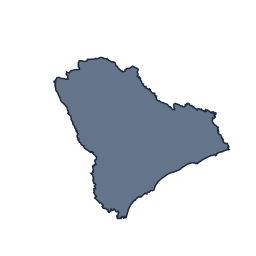 the district of Batang, Jawa Tengah, Indonesia, rotated 136°
{"feature_id": "22746128B4894534477686", "entity_name": "Batang", "entity_type": "district", "adm_level": 2, "iso_a3": "IDN", "parent_name": "Indonesia", "parent_adm1": "Jawa Tengah", "projection": "equal_earth", "projection_center": [109.867, -7.032], "detail": "fine", "context": "isolated", "style": "filled", "palette": "slate", "viewbox_px": 256, "rotation_deg": 136, "n_neighbors": 0, "source": "geoboundaries", "source_scale": "gbopen_adm2", "svg_char_len": 5742}
<svg xmlns="http://www.w3.org/2000/svg" viewBox="0 0 256 256"><g transform="rotate(136 128 128)"><path d="M148.0,213.3L149.3,212.5L149.4,211.6L149.1,210.7L149.5,210.0L150.5,209.7L150.9,208.8L151.7,209.5L150.9,208.6L151.7,208.0L153.8,205.0L153.9,203.1L154.6,200.7L155.0,200.3L156.3,196.1L157.0,195.2L157.6,193.3L157.2,188.2L157.6,187.0L157.6,185.1L159.0,183.2L159.1,182.2L159.7,181.2L160.4,180.6L160.3,180.0L161.2,180.1L161.0,178.1L161.2,176.0L161.9,174.5L163.0,173.8L163.3,172.2L163.7,171.5L163.6,170.8L165.1,168.8L165.0,167.9L165.3,166.4L166.2,165.1L165.9,164.0L166.8,163.2L166.7,160.8L167.0,160.6L167.5,161.1L167.5,160.3L168.0,159.4L167.8,158.7L168.5,158.8L169.1,157.9L170.1,157.8L170.7,157.1L171.1,155.9L171.0,154.6L171.6,154.8L172.2,154.5L171.9,153.5L172.4,153.2L172.4,152.1L172.8,151.7L172.4,150.3L172.6,149.2L173.1,148.6L172.8,147.5L173.0,147.1L172.2,146.0L172.8,145.4L172.8,144.5L173.2,144.3L173.3,143.9L172.8,141.8L173.0,141.3L172.4,140.9L172.3,138.3L171.6,137.5L172.1,137.0L171.9,136.6L171.5,136.8L170.6,136.4L170.1,135.7L170.8,135.4L170.1,134.3L170.9,134.0L171.1,133.0L170.6,130.9L170.9,130.4L170.7,129.4L170.9,128.9L171.6,128.5L172.2,127.5L174.3,127.9L175.3,126.7L175.4,126.0L176.1,125.1L176.4,124.1L177.5,124.7L178.5,124.3L178.6,125.2L179.3,125.3L180.2,124.8L181.0,123.6L182.3,121.3L182.6,121.6L183.3,121.5L183.7,121.3L183.8,120.5L184.6,120.8L185.5,120.2L186.1,120.9L186.1,118.8L186.7,118.2L186.7,116.7L187.4,116.6L188.3,115.8L188.5,114.9L189.3,115.0L189.8,114.5L190.4,112.6L191.0,112.1L191.1,111.7L190.4,110.9L190.6,109.8L191.3,109.4L192.4,109.7L192.8,109.3L192.7,108.2L193.5,106.8L194.8,108.0L195.5,107.3L196.2,105.9L197.5,105.5L197.7,104.2L198.2,102.8L198.3,100.6L200.2,101.1L200.6,100.9L200.3,99.4L200.4,98.7L200.2,95.1L200.5,93.9L199.7,93.4L199.5,92.1L199.7,91.3L199.4,90.4L199.4,89.7L200.9,89.7L200.7,89.0L201.3,88.6L201.6,87.6L201.1,86.6L200.0,85.7L200.1,84.2L199.1,83.3L199.3,82.6L200.4,81.7L200.6,80.8L200.0,80.3L198.6,80.9L197.8,80.2L196.5,81.5L196.3,81.0L196.5,79.6L195.3,79.1L194.5,79.4L194.1,79.0L194.1,78.4L194.7,76.7L194.6,75.8L192.8,74.8L192.9,74.2L195.6,72.6L196.4,71.5L197.1,71.5L197.1,72.5L197.4,72.4L198.4,70.3L196.0,67.9L195.9,68.5L195.0,68.2L193.9,68.6L193.7,66.3L192.8,66.9L191.7,66.8L191.7,66.5L192.5,65.6L191.8,64.8L183.9,69.3L178.9,71.0L176.6,71.0L175.9,71.5L174.7,71.3L174.1,71.7L173.3,71.5L172.7,70.9L170.9,71.5L169.5,71.0L168.8,71.4L167.8,71.0L167.7,70.3L167.2,70.3L167.0,69.7L166.4,69.3L166.1,69.5L162.4,69.2L161.5,69.4L160.7,68.7L160.7,67.9L160.5,67.6L160.3,68.0L160.0,67.8L159.1,68.1L157.9,67.8L157.4,67.1L155.0,67.2L153.6,65.7L152.7,65.4L148.2,67.6L143.6,68.5L139.1,68.4L130.5,67.0L127.8,65.8L125.8,64.6L120.2,62.3L116.8,62.0L110.7,60.8L106.1,58.6L104.2,56.4L104.1,55.7L103.4,55.0L103.2,54.5L102.9,54.8L102.5,54.3L102.2,54.5L101.4,54.0L100.9,54.3L98.0,53.5L96.1,53.3L88.6,51.0L84.1,48.5L84.1,47.2L82.9,47.2L82.9,47.7L82.1,47.8L80.6,47.5L78.1,46.5L76.4,45.2L75.9,45.3L72.9,44.0L70.3,42.4L70.4,43.2L69.8,43.8L69.5,44.8L68.7,44.3L68.4,44.8L67.4,47.9L69.1,50.1L69.2,50.6L68.5,53.2L68.2,53.4L67.9,53.2L67.6,53.7L67.8,54.6L67.4,54.7L67.5,55.0L67.2,55.9L67.4,56.1L66.8,56.6L66.5,57.9L66.1,58.4L66.3,59.8L67.0,60.1L66.8,61.3L66.3,61.8L66.2,62.2L65.7,62.2L65.5,62.9L65.2,62.8L65.1,64.0L64.7,64.0L64.7,64.4L64.0,64.5L64.0,65.3L62.7,65.6L62.7,66.3L63.2,67.4L63.1,68.9L63.6,70.1L63.3,71.1L63.4,71.5L63.1,72.2L63.3,72.6L62.9,73.9L60.2,76.4L59.8,75.2L57.5,75.3L57.3,75.5L57.5,75.8L57.4,76.7L56.4,76.6L57.5,77.0L57.4,77.3L56.2,77.4L55.5,76.8L54.4,77.5L54.6,78.3L55.9,78.7L55.2,79.9L55.7,80.6L56.0,80.8L56.5,80.0L57.5,80.7L57.2,81.2L56.9,81.2L56.9,81.6L57.8,81.9L57.9,84.2L58.5,85.9L59.3,86.3L59.2,87.3L59.5,87.3L59.8,86.8L59.8,85.8L60.0,85.6L60.6,85.8L60.9,86.7L61.4,86.7L61.5,87.7L62.1,87.8L62.0,89.0L62.5,89.7L62.1,90.8L62.9,90.9L63.4,92.2L64.3,93.3L65.9,92.9L65.8,94.6L66.5,96.3L66.0,97.6L66.9,98.3L66.6,99.9L67.4,100.6L67.6,101.8L67.3,103.3L67.7,104.2L68.5,104.5L68.8,104.1L69.3,104.6L69.9,104.4L70.5,105.0L71.4,104.0L73.2,104.3L73.6,104.9L73.7,106.1L74.5,107.0L75.0,108.2L75.1,109.3L76.4,111.6L76.7,112.7L78.3,113.3L78.9,113.0L80.9,110.6L81.0,109.6L81.9,108.9L83.4,111.0L83.1,111.5L82.9,113.8L83.0,114.2L83.7,114.8L83.3,117.4L83.7,118.7L84.2,119.2L85.2,121.9L85.8,122.6L86.4,124.1L86.6,125.7L87.1,126.0L87.6,127.2L87.6,128.9L86.7,129.6L86.4,130.8L85.8,130.7L85.3,131.1L86.2,132.6L86.1,133.2L84.8,134.0L84.7,134.3L85.3,135.4L86.2,135.7L86.1,139.0L85.5,139.8L86.4,140.0L86.4,140.3L86.1,140.9L85.5,141.0L85.4,141.4L86.2,141.6L86.6,142.2L86.7,143.3L87.5,144.5L86.4,145.2L87.2,145.6L87.0,146.4L87.3,146.5L87.5,147.3L87.3,148.4L86.5,148.7L86.9,150.5L86.0,152.1L85.7,154.2L85.3,154.5L85.7,155.3L84.9,154.7L84.4,155.1L84.6,156.2L84.5,156.8L85.4,157.0L85.2,157.7L85.4,158.3L85.0,158.2L84.6,159.0L84.2,159.0L83.3,159.8L82.5,162.0L81.6,162.1L79.8,163.2L79.9,164.2L81.0,167.0L81.6,169.2L85.7,170.0L86.9,171.2L89.0,171.9L89.8,171.9L90.6,171.0L91.7,171.6L92.5,171.7L92.8,173.5L93.5,174.2L93.3,175.3L93.7,176.7L93.3,177.2L93.5,177.4L93.5,178.0L93.0,179.9L93.4,180.3L93.4,181.1L92.1,183.6L92.1,184.6L92.8,186.1L93.1,186.0L93.8,186.7L94.5,189.4L95.0,190.0L94.7,190.8L95.2,191.9L95.0,192.4L95.6,192.5L95.7,193.2L97.1,194.8L97.3,196.2L98.7,197.8L101.3,198.8L102.3,199.5L102.7,200.4L104.5,201.0L109.6,205.6L111.1,204.7L111.6,205.0L113.6,206.6L114.5,208.6L116.3,210.1L118.2,209.5L119.7,208.3L120.0,207.1L120.7,207.1L121.2,206.5L121.1,205.6L121.9,204.0L122.3,203.9L125.2,206.4L129.4,208.9L132.1,208.5L133.2,210.8L135.0,209.7L135.2,208.7L134.8,207.5L135.8,207.0L136.7,205.6L137.0,204.3L137.2,205.1L137.8,205.4L138.0,205.9L138.5,205.7L139.9,208.2L141.8,210.3L142.5,212.5L144.4,213.6L145.9,212.9L146.6,213.0L147.3,212.5L147.5,211.9L148.9,210.8L149.0,212.0L148.0,213.3Z" fill="#64748b" stroke="#1e293b" stroke-width="1.5"/></g></svg>